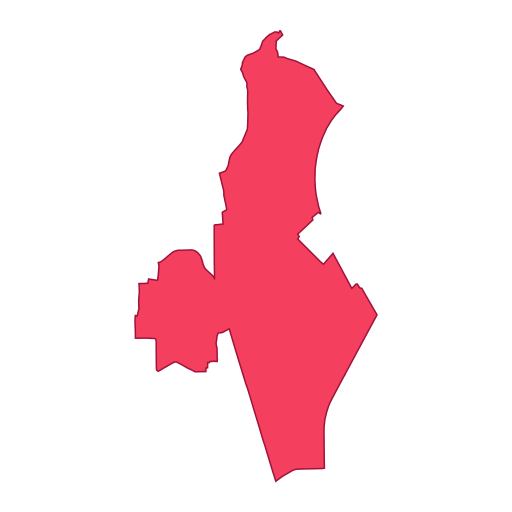 Ikeja, Lagos, Nigeria (Equal Earth projection)
{"feature_id": "59680162B78935719106444", "entity_name": "Ikeja", "entity_type": "district", "adm_level": 2, "iso_a3": "NGA", "parent_name": "Nigeria", "parent_adm1": "Lagos", "projection": "equal_earth", "projection_center": [3.342, 6.607], "detail": "fine", "context": "isolated", "style": "filled", "palette": "rose", "viewbox_px": 512, "rotation_deg": 0, "n_neighbors": 0, "source": "geoboundaries", "source_scale": "gbopen_adm2", "svg_char_len": 3793}
<svg xmlns="http://www.w3.org/2000/svg" viewBox="0 0 512 512"><path d="M324.4,468.2L324.3,462.9L324.1,446.2L324.1,440.2L324.0,433.0L324.1,426.3L325.0,418.8L326.9,411.2L327.3,410.1L328.6,405.9L329.9,402.9L332.1,398.5L340.5,382.7L343.7,376.7L345.0,374.7L344.9,374.6L345.1,374.1L348.2,368.4L351.3,362.6L364.2,338.6L376.6,315.6L377.0,314.8L365.1,294.2L361.8,288.3L360.1,288.0L359.0,286.8L357.4,284.1L356.1,284.0L351.8,288.4L339.0,264.5L333.0,253.3L323.5,264.2L320.6,261.9L297.7,239.0L299.3,236.6L297.7,234.2L312.8,220.0L312.2,217.4L318.4,212.3L320.3,213.9L320.8,213.4L318.7,206.7L317.6,201.8L316.1,194.6L315.6,190.2L315.3,187.5L314.9,179.7L315.1,171.4L315.1,169.2L316.2,160.9L316.8,157.5L317.1,155.7L318.8,148.3L321.3,140.6L323.2,135.9L326.6,128.3L331.5,120.3L335.8,114.6L341.1,108.9L343.3,106.0L336.5,103.3L327.4,90.2L317.0,74.2L315.5,71.9L314.1,69.5L303.3,64.6L295.9,61.1L287.1,58.5L283.8,57.1L278.3,57.0L277.5,51.9L275.9,48.7L276.3,40.9L282.7,35.0L280.5,30.9L280.0,30.7L279.7,31.0L279.9,31.2L278.2,33.0L277.1,32.0L274.5,32.0L273.2,32.9L272.3,33.1L271.7,33.5L270.9,34.1L269.8,34.3L268.2,35.8L266.3,37.3L265.4,38.4L264.2,39.7L263.1,40.6L262.5,41.7L260.9,46.5L260.2,48.0L259.5,49.4L257.8,50.6L255.8,51.7L254.1,52.7L252.8,53.3L251.1,53.8L249.4,54.5L247.3,55.2L246.1,56.1L245.0,57.2L244.3,58.7L243.4,60.6L242.5,62.5L242.0,66.1L241.0,68.3L240.7,69.4L242.6,72.8L243.5,76.3L245.8,80.7L246.4,81.7L247.0,83.7L246.8,86.1L246.9,86.9L247.6,89.8L247.7,92.8L247.6,95.9L247.5,102.3L247.7,108.4L247.7,109.0L248.0,112.9L247.9,116.5L247.8,120.4L247.7,124.1L247.5,126.8L247.4,128.8L246.8,130.7L245.8,133.0L245.0,135.0L243.0,139.6L243.0,140.2L242.0,142.1L238.7,146.1L235.2,149.8L233.1,152.3L231.2,154.6L229.8,157.5L228.9,161.6L228.2,165.6L227.4,167.3L226.5,169.1L226.2,169.9L225.9,170.4L225.3,171.0L224.4,171.4L221.8,172.4L220.5,172.8L219.4,173.2L219.9,175.3L222.3,185.0L223.4,189.5L223.7,190.8L223.9,193.5L223.8,195.2L226.1,206.1L226.7,209.3L226.5,209.8L224.7,210.9L222.6,212.0L222.3,212.4L222.3,213.2L223.0,222.8L223.1,224.0L222.7,224.0L217.3,224.7L215.0,224.8L214.2,225.2L214.2,230.4L214.2,237.6L214.3,262.2L214.5,275.9L214.4,277.2L214.6,277.9L214.6,278.2L214.5,278.5L212.7,275.7L211.0,274.1L207.2,270.7L205.0,268.4L204.0,266.5L203.0,263.8L202.1,260.3L200.5,256.0L198.0,252.9L195.5,251.0L193.3,250.2L191.4,249.9L189.1,250.0L182.7,250.2L178.1,250.2L175.6,250.9L173.6,251.6L172.0,252.7L169.7,254.6L165.1,258.5L162.1,261.0L160.3,262.0L158.3,262.6L159.0,266.2L158.8,268.3L158.6,270.4L158.3,274.8L157.9,277.7L157.5,280.1L156.1,280.2L153.8,279.8L148.6,279.0L147.8,283.3L146.2,283.3L143.0,283.5L140.2,283.5L138.9,283.6L139.1,284.9L139.2,287.5L139.3,292.6L138.9,297.0L138.7,299.9L138.7,304.2L138.9,307.8L139.0,308.0L139.2,308.5L138.9,308.7L138.4,310.9L137.1,316.0L135.3,315.5L135.1,317.9L135.0,321.6L135.2,328.3L135.3,330.4L135.4,337.2L135.4,338.2L146.6,338.1L151.4,338.4L155.1,338.5L155.8,339.4L156.0,340.1L156.2,342.2L156.2,350.7L156.4,368.9L156.7,370.2L157.8,371.1L158.5,371.2L163.9,368.0L172.2,363.2L174.5,362.1L176.3,361.9L181.6,364.6L187.0,367.8L192.7,370.5L195.1,371.8L199.2,371.7L205.9,371.6L206.0,367.9L207.6,367.8L207.7,362.5L209.4,362.6L210.0,361.5L214.2,361.3L217.2,361.5L217.3,360.5L217.4,359.5L217.2,358.5L217.1,352.1L217.0,348.2L216.8,346.7L216.4,345.6L216.1,343.8L216.1,342.8L216.7,339.4L216.9,337.3L217.2,335.7L217.8,333.9L218.1,333.1L219.9,332.8L222.3,332.6L229.2,328.8L230.6,333.5L235.8,351.0L245.5,382.7L246.4,385.4L247.9,389.6L248.9,393.0L249.6,395.2L250.2,397.1L250.4,397.8L250.6,398.7L250.9,399.5L251.1,400.1L254.0,410.0L258.5,424.8L261.9,436.2L263.4,441.3L264.7,445.0L268.4,457.3L272.9,472.1L274.4,476.7L275.5,480.4L275.9,481.3L276.4,480.8L282.5,476.3L289.2,472.4L293.2,470.1L296.4,469.2L302.0,469.0L315.4,468.7L322.6,468.5L324.4,468.2Z" fill="#f43f5e" stroke="#9f1239" stroke-width="1.5"/></svg>